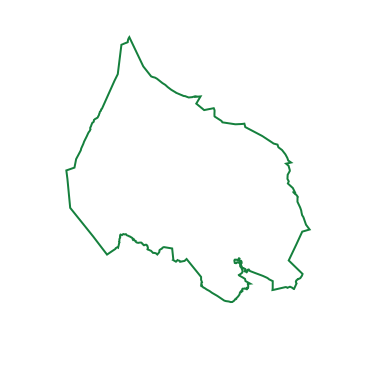 outline of Ocuilan, México, Mexico, rotated 302°
{"feature_id": "50627088B51709543913747", "entity_name": "Ocuilan", "entity_type": "district", "adm_level": 2, "iso_a3": "MEX", "parent_name": "Mexico", "parent_adm1": "México", "projection": "natural_earth1", "projection_center": [-99.429, 19.001], "detail": "fine", "context": "isolated", "style": "outline", "palette": "green", "viewbox_px": 384, "rotation_deg": 302, "n_neighbors": 0, "source": "geoboundaries", "source_scale": "gbopen_adm2", "svg_char_len": 5918}
<svg xmlns="http://www.w3.org/2000/svg" viewBox="0 0 384 384"><g transform="rotate(302 192 192)"><path d="M279.5,54.1L252.6,66.6L245.4,67.3L215.0,71.5L214.8,71.5L214.2,71.3L213.9,71.2L213.7,71.3L213.2,71.5L212.7,71.7L212.3,71.6L211.9,71.5L211.3,71.4L211.1,71.4L209.7,71.9L209.3,71.9L209.0,71.9L208.3,72.2L207.3,72.4L206.4,72.3L205.6,72.5L205.4,72.5L205.1,72.5L204.2,72.1L204.0,71.9L203.6,71.8L202.7,71.2L201.7,70.9L201.2,70.7L200.6,70.9L200.1,71.2L199.5,71.4L198.8,71.3L198.0,70.8L195.9,71.1L195.4,71.2L194.3,71.5L192.7,71.6L191.5,72.3L191.3,72.7L191.2,72.7L189.4,72.9L187.7,72.7L186.9,72.8L185.9,72.9L183.7,73.2L177.5,73.8L175.3,74.3L170.1,75.0L168.4,75.6L164.4,75.9L158.5,76.3L150.4,79.4L143.7,74.0L137.1,79.4L114.0,97.1L101.9,131.8L96.4,146.4L93.9,153.1L99.8,155.7L103.1,157.2L103.9,157.1L105.7,158.0L105.7,158.8L106.4,158.5L107.0,158.4L109.8,157.4L110.2,157.2L110.5,157.2L110.8,157.2L111.0,156.8L111.3,156.4L111.9,156.4L112.9,155.8L113.5,155.5L114.1,155.3L115.0,155.3L115.1,155.1L115.6,154.9L115.9,154.9L116.0,154.6L117.2,154.0L117.9,153.9L118.1,154.0L118.1,154.3L118.3,155.1L118.4,155.5L119.9,156.0L120.2,157.1L121.2,158.3L120.9,159.0L120.8,159.4L120.8,159.8L121.0,160.7L121.2,161.9L121.1,162.4L121.4,163.3L121.3,164.1L121.4,164.7L121.3,165.0L121.4,165.5L121.3,165.8L121.1,166.3L120.7,166.5L120.4,167.1L120.2,167.2L120.1,167.5L120.4,167.6L120.7,167.8L120.8,167.9L121.0,167.9L120.8,168.4L120.7,168.6L120.5,169.1L120.4,169.7L120.6,170.1L120.1,170.4L120.0,170.9L119.9,171.6L120.0,172.4L120.3,173.0L120.4,173.4L121.1,174.1L121.7,174.9L122.2,175.8L122.2,176.3L121.8,177.2L121.7,177.8L121.7,178.3L121.4,178.8L121.3,179.2L121.7,179.6L121.8,180.0L122.0,180.1L122.3,180.2L123.0,181.0L123.0,181.5L123.0,181.8L122.8,182.3L122.8,182.5L122.4,183.0L122.1,183.1L121.9,183.6L121.6,183.9L121.2,184.3L120.5,184.4L119.8,184.6L119.8,185.2L120.0,185.7L120.3,187.9L120.4,188.3L120.3,189.0L120.1,189.5L120.0,190.2L119.8,190.9L119.7,191.1L120.1,191.9L120.3,192.1L120.9,193.8L120.8,194.5L120.6,195.7L123.3,196.1L124.1,196.0L124.6,195.6L125.4,195.3L125.7,195.3L127.1,195.9L127.8,196.4L128.5,196.5L129.0,196.5L129.3,196.6L129.8,197.0L130.4,197.4L133.6,205.1L124.5,212.2L124.3,212.1L124.4,215.3L126.6,215.8L126.6,216.6L126.9,217.3L127.0,217.9L126.9,218.6L127.1,219.1L126.8,219.2L129.6,222.2L132.3,222.9L124.8,244.7L122.3,246.3L120.7,248.4L119.8,248.2L119.6,248.4L119.1,248.6L118.9,249.0L118.4,248.9L118.1,249.2L117.9,249.2L117.9,249.9L117.4,250.0L117.6,250.3L117.2,250.9L117.3,251.2L117.0,252.3L117.1,252.8L117.2,253.0L117.2,254.1L117.1,256.0L117.3,259.4L117.1,262.4L117.3,268.6L117.0,276.9L117.5,278.7L118.6,281.1L119.2,283.2L119.7,283.9L120.0,284.4L122.1,285.3L124.1,285.5L124.3,286.0L124.7,286.2L125.5,285.9L125.9,286.0L126.4,286.2L128.2,286.5L130.0,286.6L130.9,286.5L131.5,286.1L132.7,286.0L133.5,286.1L134.1,286.2L134.0,286.4L133.6,286.9L133.9,287.0L134.7,287.2L134.8,286.5L135.2,286.6L136.2,286.1L137.0,286.3L137.6,287.5L138.3,287.9L138.4,288.3L138.4,289.6L138.6,290.1L138.9,290.2L139.9,289.5L140.0,289.4L140.3,289.7L140.5,290.3L142.0,289.6L142.9,288.8L143.1,288.4L143.9,287.9L144.1,288.1L144.4,288.7L144.4,289.0L144.7,289.4L145.1,289.9L144.8,284.6L146.4,283.0L146.4,279.8L146.2,276.7L146.3,275.8L146.4,275.7L146.9,276.0L148.6,276.8L149.5,277.1L150.3,277.3L151.0,277.1L151.4,276.9L152.6,275.9L153.3,274.8L153.7,274.9L153.8,274.6L154.1,273.9L154.1,273.3L154.5,272.3L155.2,271.8L155.5,271.5L156.0,271.3L156.6,270.6L156.8,270.7L157.6,270.4L157.5,269.9L157.5,269.7L157.4,269.6L157.3,269.2L156.9,269.0L156.6,268.8L156.4,267.7L156.1,267.4L155.3,267.2L155.1,267.2L154.9,267.0L154.8,266.8L154.5,265.9L156.2,264.3L157.2,264.1L157.4,264.3L157.6,264.6L157.7,264.8L157.7,265.0L157.8,265.1L158.0,265.2L158.1,265.5L158.4,266.8L158.5,266.9L158.7,267.7L159.4,267.5L160.0,266.9L160.7,267.0L160.7,267.6L160.2,267.7L159.4,268.2L159.1,268.7L159.2,269.0L159.1,269.4L158.9,269.3L158.7,269.5L158.8,269.7L159.5,269.9L159.6,270.1L159.3,270.8L158.6,270.9L158.2,270.9L158.1,271.7L157.1,271.5L156.0,272.4L155.3,273.3L154.1,275.4L154.5,275.4L154.7,275.7L154.8,276.3L154.6,276.7L154.8,277.2L154.9,278.0L154.8,278.3L154.6,278.6L154.1,278.8L153.9,278.6L153.5,278.6L153.2,278.7L152.8,278.6L152.7,278.9L152.7,279.3L153.1,280.5L153.0,280.9L153.7,281.0L153.7,280.9L153.7,280.6L154.1,280.8L154.5,280.8L154.9,280.7L155.1,280.7L155.4,280.6L155.6,280.9L156.0,280.9L156.0,281.2L156.3,281.4L155.7,283.0L156.9,289.2L157.3,291.1L158.4,296.5L159.0,301.0L159.0,302.4L158.8,303.7L159.2,307.7L153.2,311.4L151.5,312.2L152.5,313.3L159.9,320.7L160.9,321.7L161.4,322.8L161.3,323.2L161.3,323.7L163.6,325.3L163.9,327.5L163.7,329.7L163.8,329.9L169.2,329.2L169.4,329.0L169.6,329.0L169.8,329.1L170.3,328.4L170.8,327.7L171.2,327.7L171.7,327.4L172.1,327.4L172.6,327.4L173.1,327.7L173.6,327.8L174.2,327.8L174.5,328.1L174.6,328.5L174.9,328.6L175.4,328.8L175.8,329.1L176.0,329.3L176.3,329.5L176.7,329.5L179.3,329.6L181.1,329.2L185.2,310.3L202.6,308.3L216.8,306.5L222.5,311.6L224.7,306.0L229.7,299.8L230.7,297.7L232.5,295.9L234.2,294.4L236.2,291.9L239.6,286.6L243.6,284.2L243.9,284.3L244.0,284.1L244.8,282.2L244.9,281.5L245.0,281.3L245.1,281.1L244.9,280.6L245.2,279.7L245.4,278.4L245.5,278.2L245.7,278.4L245.7,279.7L246.1,279.8L248.8,275.4L250.0,268.8L252.3,268.4L253.7,266.0L257.3,264.0L261.7,263.8L262.5,263.2L265.4,260.0L265.9,256.8L269.5,260.4L269.7,256.9L271.4,254.8L273.4,251.3L275.3,246.1L275.7,241.6L277.5,239.4L276.3,235.4L276.4,234.4L276.7,221.7L275.3,202.8L277.7,200.2L276.2,198.4L272.4,192.9L267.2,180.9L267.9,179.3L268.0,171.3L268.2,170.9L270.2,169.6L273.0,168.0L273.7,167.3L274.6,166.0L267.9,158.9L269.2,148.8L277.6,148.6L274.8,144.9L275.3,144.9L274.9,144.0L272.9,142.2L272.7,142.1L270.4,139.1L269.9,136.7L269.7,135.5L269.0,134.0L267.7,125.9L267.8,125.7L267.7,120.3L268.1,115.8L268.7,112.6L268.7,109.2L269.5,102.3L269.4,100.0L268.7,97.8L268.4,96.1L272.7,84.1L290.1,56.8L288.9,56.8L287.7,57.0L286.9,57.2L285.0,58.1L279.5,54.1Z" fill="none" stroke="#15803d" stroke-width="2"/></g></svg>